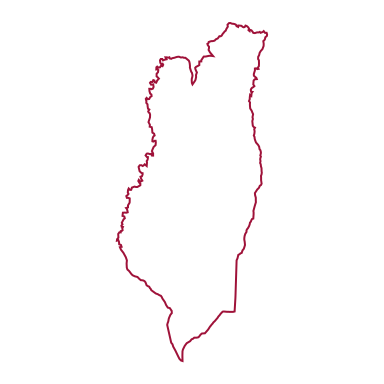 Campo Alegre de Goiás, Goiás, Brazil, rotated 180°
{"feature_id": "56859067B15808478056218", "entity_name": "Campo Alegre de Goiás", "entity_type": "district", "adm_level": 2, "iso_a3": "BRA", "parent_name": "Brazil", "parent_adm1": "Goiás", "projection": "equal_earth", "projection_center": [-47.758, -17.534], "detail": "fine", "context": "isolated", "style": "outline", "palette": "rose", "viewbox_px": 384, "rotation_deg": 180, "n_neighbors": 0, "source": "geoboundaries", "source_scale": "gbopen_adm2", "svg_char_len": 6063}
<svg xmlns="http://www.w3.org/2000/svg" viewBox="0 0 384 384"><g transform="rotate(180 192 192)"><path d="M264.1,136.8L263.0,134.3L260.6,131.2L258.2,126.8L257.1,123.6L257.4,120.6L257.2,116.4L256.6,114.5L255.0,113.1L253.9,111.7L252.9,110.3L251.5,108.8L249.2,107.7L246.5,107.0L244.7,105.1L243.1,103.8L242.2,103.8L240.6,103.5L239.4,102.8L238.5,101.7L237.4,98.7L236.0,97.8L234.8,97.3L234.0,95.8L233.3,95.1L232.7,93.8L228.2,90.5L226.2,89.8L224.6,88.8L223.1,88.2L222.2,86.9L221.6,85.5L219.1,81.9L217.9,79.0L216.2,76.4L214.2,75.9L212.3,73.1L212.2,70.9L213.6,69.2L214.7,66.7L215.2,65.4L215.8,62.3L216.4,60.8L216.8,59.1L212.8,41.3L211.5,39.7L210.8,37.4L208.6,33.4L206.0,28.0L204.6,25.2L203.0,23.5L201.5,23.0L201.6,28.3L201.5,32.7L201.1,34.4L199.4,37.9L198.5,39.2L197.3,40.8L193.9,42.8L192.4,44.7L190.9,45.3L189.8,46.3L187.5,46.3L185.7,46.7L184.9,47.4L183.4,49.4L182.1,50.5L179.1,50.7L175.9,54.4L173.9,57.5L173.1,58.4L172.3,59.5L171.4,60.4L170.7,61.5L169.2,62.9L166.3,66.3L165.7,67.4L164.4,68.8L163.4,70.2L161.4,72.3L160.3,72.5L159.1,72.4L157.0,72.2L151.1,72.1L149.4,72.5L148.6,85.8L148.5,88.4L147.4,123.7L146.5,125.7L145.7,129.1L144.4,129.8L143.6,130.6L142.3,131.1L141.5,133.6L140.2,135.2L139.6,137.0L139.0,139.0L139.3,142.2L139.7,144.3L139.7,145.9L139.4,148.0L138.7,150.2L137.5,152.1L137.5,153.6L137.0,154.7L136.2,155.6L135.0,157.7L134.3,159.7L134.0,161.4L133.1,162.4L132.7,163.7L131.9,165.0L130.7,165.4L130.4,169.8L130.4,171.7L130.6,173.0L129.4,177.5L128.5,180.5L128.1,181.8L128.2,183.2L128.2,186.3L128.9,188.8L129.1,190.9L126.7,194.6L125.7,195.5L125.0,196.3L124.2,198.2L123.0,199.0L122.4,200.3L122.6,201.8L122.9,203.8L122.9,206.6L123.0,208.2L122.5,209.4L122.2,211.3L122.4,212.7L122.5,215.9L123.0,217.5L123.3,219.8L123.9,221.0L123.5,222.9L123.8,224.4L123.7,225.7L123.1,227.4L123.7,228.6L123.2,230.3L123.1,231.8L123.6,233.8L124.4,234.7L124.9,237.4L125.9,239.1L128.0,241.5L128.7,243.3L129.3,245.2L129.5,247.1L130.2,248.5L129.7,249.9L129.5,251.4L129.4,252.8L129.8,254.8L129.0,256.3L130.2,256.9L131.2,258.2L131.7,262.9L131.1,265.0L131.5,266.8L130.9,269.8L131.7,271.6L132.4,273.4L133.8,275.5L134.0,277.7L134.1,279.4L134.0,281.6L135.0,282.9L134.3,284.7L134.2,286.8L133.9,289.1L132.7,288.1L132.4,290.9L131.6,292.1L132.9,292.3L133.2,294.1L132.7,295.4L131.8,296.3L130.7,296.9L129.6,297.9L130.7,299.5L130.6,301.1L130.4,303.4L129.3,304.7L127.2,304.9L127.7,306.2L129.1,307.3L130.1,308.3L130.2,309.9L129.7,311.6L129.1,313.5L129.1,315.5L128.0,315.7L126.7,314.9L125.5,315.1L126.1,316.4L125.1,317.9L125.0,320.6L125.1,323.7L125.9,325.0L125.8,327.2L124.9,328.8L124.3,331.3L123.1,333.2L121.6,334.8L120.4,338.0L120.3,340.2L120.7,342.9L119.6,343.9L119.0,345.0L118.7,346.7L117.1,348.1L116.9,349.5L117.4,351.2L118.9,351.1L120.3,352.9L121.1,352.1L122.3,351.6L123.4,351.2L124.2,352.1L125.2,351.6L127.0,351.6L129.1,350.9L130.7,351.1L131.5,352.4L132.6,353.7L134.2,354.2L134.4,352.9L135.5,353.8L135.0,355.4L135.8,356.7L137.3,358.0L138.5,358.4L139.3,357.0L140.3,356.7L141.3,357.1L142.6,358.2L144.4,358.4L145.7,358.5L145.9,357.1L147.4,357.8L148.1,359.3L149.3,359.9L150.6,360.2L152.0,360.3L153.7,361.0L155.0,360.9L156.5,359.3L156.2,357.3L157.5,355.3L158.3,353.3L159.3,352.6L160.2,351.4L161.2,350.3L162.4,348.3L163.4,347.7L164.6,347.8L165.4,346.7L166.3,345.5L168.0,344.8L169.4,343.4L170.3,343.1L171.4,342.9L172.6,342.9L173.9,342.5L175.3,342.0L175.7,340.6L176.6,340.1L176.2,338.8L175.0,337.3L175.0,336.0L175.4,334.1L174.0,331.6L172.3,329.6L170.9,327.9L173.0,328.2L174.8,328.2L178.2,327.5L180.3,327.4L182.7,323.8L182.7,322.6L184.7,322.5L184.7,318.9L185.7,318.3L188.0,317.1L188.8,316.2L188.6,314.9L187.7,312.7L187.1,311.6L188.0,309.0L187.9,306.9L188.5,304.2L189.2,302.9L191.5,299.6L192.1,301.0L192.3,304.0L192.2,305.3L191.7,307.1L191.5,308.7L192.1,311.3L192.8,312.3L194.1,316.4L194.0,317.9L194.3,320.6L194.7,322.3L195.2,323.4L198.6,326.2L200.0,326.2L201.3,326.7L203.1,326.5L205.1,327.3L206.9,327.1L208.0,326.8L209.4,326.3L211.8,325.8L212.7,325.2L214.1,325.5L214.6,326.7L215.6,326.3L217.4,326.7L218.5,326.7L217.5,324.7L219.3,324.3L221.0,323.6L221.7,325.0L223.2,325.0L224.0,323.7L223.7,321.2L222.6,319.7L221.4,320.3L220.8,319.2L221.5,317.8L223.0,318.3L224.0,316.7L225.6,316.4L226.8,317.4L227.6,316.7L227.7,314.6L226.7,314.8L225.7,314.0L226.0,311.8L227.4,310.2L227.4,307.6L226.4,306.8L225.1,305.4L226.8,303.5L227.8,301.3L229.2,301.7L229.6,303.5L230.7,303.9L231.6,302.0L233.3,302.1L234.0,301.1L232.9,299.3L232.0,299.4L230.8,299.6L230.4,297.1L231.1,295.4L232.4,294.8L233.4,295.2L234.7,295.2L234.5,292.7L233.8,290.4L232.6,289.5L232.4,287.9L233.8,286.9L234.8,285.0L236.2,284.8L237.4,286.1L238.2,285.1L237.6,282.7L237.7,281.1L236.5,279.7L236.4,277.9L236.0,275.3L234.7,274.5L235.8,272.6L235.3,271.5L234.3,270.8L233.9,269.3L234.0,266.6L235.5,261.9L234.1,259.2L234.3,257.3L232.3,256.8L231.9,254.8L231.6,251.4L229.9,250.3L229.4,248.5L230.3,247.9L231.1,246.6L231.6,244.3L231.6,242.7L230.7,242.4L229.3,243.2L228.4,243.2L228.2,241.5L228.4,238.9L230.4,237.0L231.4,234.7L232.1,232.9L230.9,230.6L230.9,228.4L232.0,228.4L232.8,230.2L233.9,229.8L235.0,230.2L236.1,230.5L237.3,230.3L238.4,228.6L237.1,227.0L236.1,226.9L236.2,225.3L236.5,224.1L237.3,222.9L237.0,221.5L237.3,218.0L239.3,219.7L240.2,218.7L241.3,218.0L242.7,218.8L244.3,218.7L245.4,217.1L244.4,212.8L243.3,211.7L242.4,211.0L241.4,210.8L241.4,209.5L242.1,207.7L243.5,207.3L242.9,205.3L241.7,203.3L243.4,202.4L244.5,203.2L245.2,204.1L245.7,203.0L244.5,201.0L243.6,200.2L243.7,198.7L246.7,197.0L248.0,197.0L249.5,197.4L252.1,196.4L252.8,194.2L254.0,194.1L255.3,195.5L256.0,193.9L256.2,191.4L255.5,190.1L256.5,188.9L257.7,187.9L257.1,186.1L255.5,186.1L254.3,185.6L254.3,182.8L254.4,181.3L256.0,178.7L256.0,176.6L257.9,176.0L257.1,175.0L256.5,173.0L256.3,171.7L257.6,171.3L259.6,171.4L261.1,171.3L261.3,169.8L261.5,168.1L259.7,167.5L259.2,165.7L260.4,164.7L262.2,161.2L261.5,159.7L262.6,158.4L262.3,157.2L261.1,157.0L261.7,155.6L261.4,153.8L262.2,153.1L263.2,152.9L263.3,151.6L264.6,151.7L265.8,150.0L265.6,146.3L266.9,144.8L267.1,143.4L265.7,143.9L265.0,142.1L264.8,139.7L263.1,139.1L262.4,137.2L264.1,136.8Z" fill="none" stroke="#9f1239" stroke-width="2"/></g></svg>